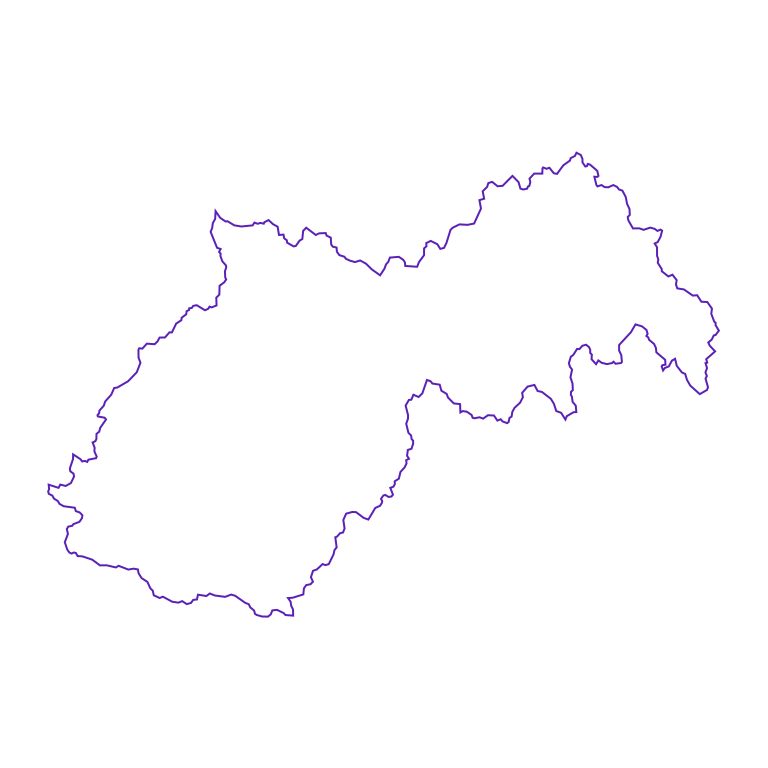 outline of Quispicanchi, Cusco, Peru, rotated 181°
{"feature_id": "86281439B28575146552042", "entity_name": "Quispicanchi", "entity_type": "district", "adm_level": 2, "iso_a3": "PER", "parent_name": "Peru", "parent_adm1": "Cusco", "projection": "natural_earth1", "projection_center": [-71.156, -13.517], "detail": "fine", "context": "isolated", "style": "outline", "palette": "violet", "viewbox_px": 768, "rotation_deg": 181, "n_neighbors": 0, "source": "geoboundaries", "source_scale": "gbopen_adm2", "svg_char_len": 6127}
<svg xmlns="http://www.w3.org/2000/svg" viewBox="0 0 768 768"><g transform="rotate(181 384 384)"><path d="M195.6,618.6L197.1,615.3L201.3,613.1L201.9,610.7L208.5,605.8L214.7,597.1L217.9,597.7L222.4,603.1L225.3,602.0L228.6,603.3L229.3,602.4L229.4,597.1L237.5,597.0L242.1,591.9L241.2,588.4L242.2,584.5L243.6,583.9L244.3,581.8L248.2,580.9L251.0,581.7L253.0,588.2L259.2,594.3L268.9,584.2L273.9,583.7L279.4,588.0L283.2,586.7L284.3,582.9L288.7,578.4L287.1,571.0L291.8,569.5L290.1,561.1L296.7,546.0L303.2,544.6L311.4,544.9L318.3,541.3L320.2,539.2L324.1,525.9L326.4,521.1L330.1,520.1L333.1,524.7L339.8,527.9L344.2,525.6L344.0,522.4L346.3,520.3L346.2,513.5L351.1,506.6L352.9,501.8L364.8,502.4L365.2,505.9L366.9,508.5L371.4,511.4L380.3,510.5L381.9,506.1L384.1,503.6L385.5,499.4L389.8,492.6L398.2,498.4L404.1,504.0L410.0,507.1L415.1,505.4L420.4,506.8L424.2,508.5L425.9,510.6L430.9,512.1L433.4,515.4L433.8,519.6L437.6,520.4L439.2,522.5L439.8,529.4L444.0,531.4L444.9,533.9L451.5,533.5L454.8,531.8L464.5,538.9L467.5,535.7L468.2,527.5L470.9,525.9L474.5,520.6L476.7,520.0L483.3,523.6L483.7,526.0L486.3,527.9L487.1,531.6L491.6,531.2L493.1,539.4L497.8,541.9L502.3,545.9L506.5,543.6L507.0,542.2L510.5,542.9L513.0,542.0L516.4,543.1L518.1,540.3L529.3,539.0L536.4,540.0L543.3,544.0L545.2,543.7L550.7,547.3L555.4,553.9L555.7,546.1L558.0,541.8L558.5,537.1L560.0,533.1L553.3,517.3L549.7,516.1L551.2,513.2L549.6,511.4L549.8,509.2L547.8,503.9L544.0,499.7L543.8,497.7L545.0,494.0L544.6,487.7L543.6,485.8L545.6,482.8L550.1,479.4L550.2,470.5L553.2,467.4L552.8,459.6L557.7,457.6L559.8,458.3L561.0,456.2L564.2,454.6L572.6,459.5L576.1,458.8L577.5,456.7L580.1,456.3L580.2,454.6L582.6,453.4L583.0,450.2L587.4,446.8L587.7,444.3L592.9,440.7L596.9,431.9L599.4,431.9L603.8,426.7L609.2,426.5L611.2,422.6L614.0,419.8L621.8,420.2L626.3,415.1L629.3,415.5L630.1,413.9L629.9,406.2L627.9,401.0L631.4,391.4L639.9,382.3L650.6,375.8L653.7,375.3L656.5,368.6L662.5,361.6L663.8,357.4L668.1,352.4L668.3,349.8L669.9,347.9L669.6,346.6L662.7,345.4L661.3,343.7L667.0,335.2L667.9,331.4L670.6,329.1L670.6,324.0L671.6,321.8L674.3,320.5L672.2,315.2L672.4,311.5L670.0,306.5L670.6,304.8L678.2,303.2L679.4,300.9L681.6,301.9L684.5,301.3L686.0,303.4L693.6,308.2L693.6,303.6L696.6,294.1L696.1,291.2L692.9,289.0L692.3,286.1L695.3,279.5L700.5,276.5L705.9,277.8L707.6,274.5L717.5,277.5L717.0,273.1L717.9,270.7L717.2,268.3L713.6,266.6L712.0,263.7L708.1,261.3L706.4,258.5L702.1,256.2L691.0,254.9L689.9,251.5L686.1,250.3L683.3,247.6L683.6,244.7L686.1,240.9L692.2,238.4L693.2,236.8L697.2,235.9L698.6,233.4L697.4,228.6L700.4,220.2L697.7,212.7L695.5,209.9L693.3,209.0L691.3,210.1L689.2,209.7L687.3,206.6L682.6,206.4L672.7,203.3L664.8,197.7L658.1,197.9L648.9,195.9L646.2,197.6L636.4,194.0L631.1,195.0L626.8,194.3L626.1,190.5L623.0,185.7L617.1,182.0L614.1,175.7L611.6,173.3L610.5,168.7L604.5,166.1L601.4,167.5L591.9,162.6L585.7,161.8L582.0,163.4L577.4,160.5L573.2,161.7L571.0,164.8L567.3,165.3L566.3,170.1L557.9,168.9L554.5,171.5L549.5,169.6L539.2,168.4L533.0,170.8L529.0,169.6L518.8,162.7L515.4,161.5L513.8,158.3L509.9,155.2L509.0,152.0L507.4,150.9L501.9,149.4L495.9,149.4L493.2,151.7L491.7,155.7L487.0,156.3L480.3,153.2L478.5,151.3L470.8,150.8L471.0,156.9L472.9,160.6L473.6,164.7L476.2,168.3L471.6,168.7L461.0,172.2L460.5,178.3L458.2,181.6L454.0,182.5L451.6,185.1L453.7,189.5L451.7,196.0L447.9,197.4L442.2,202.9L439.4,201.9L436.1,202.9L431.5,212.7L430.6,217.1L428.5,219.8L430.0,229.9L428.3,230.6L425.4,234.0L422.4,234.8L420.9,238.9L422.3,247.3L419.6,253.7L413.5,255.5L409.7,255.4L402.0,249.8L397.3,248.2L390.5,260.0L385.9,262.1L384.2,264.8L383.7,266.8L385.0,269.1L382.7,272.5L380.7,273.1L377.6,271.2L374.6,271.6L373.1,273.5L375.9,280.3L372.8,281.5L371.4,284.1L371.6,286.9L367.5,289.6L366.0,296.4L361.9,301.0L360.1,305.0L360.5,308.2L357.7,309.7L359.7,312.6L359.0,318.5L355.4,319.7L353.8,324.7L353.9,327.9L355.4,329.3L356.0,333.0L358.7,335.6L361.1,344.7L359.4,349.7L359.4,353.3L362.0,362.8L358.8,368.5L356.4,368.8L354.4,373.8L349.2,371.6L345.5,375.3L341.1,388.8L337.4,387.5L335.6,385.3L328.3,384.3L326.5,378.3L321.2,375.2L319.7,371.5L313.9,365.8L307.6,365.2L307.1,356.9L304.8,358.3L300.6,357.7L295.8,354.5L294.8,351.8L292.9,351.3L287.9,352.4L284.3,351.1L279.5,354.6L273.5,354.4L270.0,349.4L266.7,350.8L264.9,348.7L260.2,347.0L258.8,348.1L257.9,352.4L255.9,353.6L255.2,358.4L253.1,362.4L247.6,367.7L244.9,373.2L245.7,377.6L240.4,383.9L233.6,385.7L230.3,379.7L225.9,378.8L216.9,372.1L213.8,367.2L211.3,360.0L206.4,358.3L202.0,351.6L200.7,355.0L194.0,359.1L191.2,359.3L191.9,365.7L195.1,369.4L195.9,374.6L197.0,376.4L196.9,379.4L195.1,381.2L195.5,387.7L197.7,393.9L196.2,401.7L198.4,404.5L199.5,408.0L197.7,414.5L195.2,416.4L191.6,422.4L189.2,422.3L186.3,425.7L182.6,426.8L179.6,424.4L178.4,421.8L178.4,418.7L176.7,417.0L176.9,412.4L172.3,407.5L170.1,411.3L166.7,409.0L161.4,407.8L156.4,408.9L154.9,410.3L152.9,408.3L147.4,409.1L146.5,410.3L147.3,417.2L149.5,421.5L149.6,427.1L138.0,440.1L133.6,448.0L127.0,446.1L122.5,442.6L121.3,438.7L122.5,436.6L120.6,435.2L119.7,432.8L114.7,428.8L112.8,424.9L112.2,420.4L103.3,413.1L102.9,408.2L105.9,407.7L106.7,406.5L105.2,402.4L103.5,404.9L99.5,406.6L96.6,412.3L93.4,414.3L91.6,407.3L86.4,400.8L83.0,399.3L81.2,393.5L77.7,387.7L68.1,379.4L60.9,383.7L60.0,386.4L62.6,395.1L61.3,397.6L62.8,401.2L61.3,405.6L62.9,410.5L61.2,411.0L62.3,414.4L53.5,422.4L59.0,428.0L60.5,431.2L57.1,434.1L55.1,438.4L53.4,438.7L50.1,443.2L53.5,448.6L53.5,451.0L54.9,452.1L58.0,459.9L57.4,465.1L62.2,471.6L68.1,471.8L72.4,478.2L76.8,477.8L85.8,483.8L92.4,484.7L93.8,488.5L93.2,493.0L97.5,498.3L101.6,496.5L108.2,501.6L108.3,503.7L112.4,510.0L111.9,513.5L113.2,516.8L113.4,525.5L115.8,529.2L112.8,530.7L110.1,536.0L108.6,542.2L110.4,543.2L113.2,541.8L116.0,543.8L120.5,545.0L127.1,542.7L131.6,544.1L137.8,543.9L142.6,552.0L143.2,555.2L141.2,557.4L141.6,563.3L144.1,568.3L145.6,575.3L149.0,581.5L152.4,582.6L154.5,585.2L158.2,586.9L163.1,584.6L166.8,584.7L170.0,586.7L174.0,585.3L175.1,586.7L177.3,594.9L174.3,594.8L173.2,595.8L174.5,600.9L181.9,607.0L184.1,607.6L184.8,605.5L186.5,605.0L189.4,609.0L189.5,612.4L191.2,616.4L195.6,618.6Z" fill="none" stroke="#5b21b6" stroke-width="2"/></g></svg>